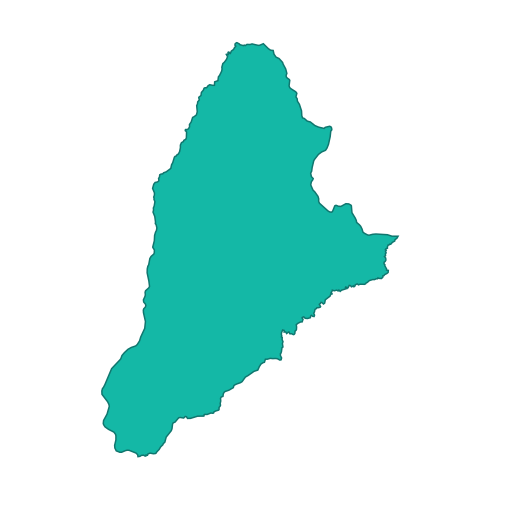 Támesis, Antioquia, Colombia, rotated 186°
{"feature_id": "7082276B51026070835233", "entity_name": "Támesis", "entity_type": "district", "adm_level": 2, "iso_a3": "COL", "parent_name": "Colombia", "parent_adm1": "Antioquia", "projection": "orthographic", "projection_center": [-75.723, 5.674], "detail": "fine", "context": "isolated", "style": "filled", "palette": "teal", "viewbox_px": 512, "rotation_deg": 186, "n_neighbors": 0, "source": "geoboundaries", "source_scale": "gbopen_adm2", "svg_char_len": 6102}
<svg xmlns="http://www.w3.org/2000/svg" viewBox="0 0 512 512"><g transform="rotate(186 256 256)"><path d="M394.8,108.2L395.2,105.7L394.7,102.3L388.3,95.5L386.7,92.9L386.2,91.1L387.6,83.2L390.4,76.5L390.4,73.5L389.9,72.3L388.3,70.3L384.6,68.2L378.9,66.0L377.0,63.9L376.5,62.5L376.1,58.4L376.8,52.9L376.3,50.3L374.6,47.6L371.0,46.6L369.1,46.8L365.7,48.7L363.9,49.4L361.9,49.5L354.8,47.5L352.9,46.0L352.4,44.1L350.5,44.6L349.2,45.7L346.8,46.2L346.0,45.6L344.7,45.5L344.4,45.9L344.5,46.6L343.1,46.5L342.7,47.9L340.7,48.9L337.4,48.6L335.5,49.0L334.7,49.6L334.2,50.8L332.1,53.5L330.8,56.3L328.9,58.5L328.6,59.7L327.2,61.3L326.4,66.5L322.0,73.4L321.5,75.4L321.4,80.2L320.9,81.4L319.1,82.4L316.0,87.0L314.5,87.5L311.0,87.3L309.6,89.0L308.4,88.9L307.1,87.3L304.1,87.7L297.3,90.6L291.4,91.3L291.0,91.5L291.0,92.7L290.5,93.1L288.0,93.3L284.5,95.1L282.6,95.1L281.8,95.4L281.6,96.4L280.2,97.5L277.1,98.8L276.7,99.4L276.9,101.6L276.0,102.9L275.7,103.9L276.2,105.5L275.9,108.1L276.4,110.7L275.8,112.2L274.2,112.9L274.1,115.6L273.4,117.2L272.6,118.0L268.9,119.7L264.8,122.7L264.5,124.6L264.0,125.3L262.0,126.6L258.2,128.4L256.7,129.6L253.9,134.5L251.5,136.2L245.9,141.1L242.3,142.7L241.1,146.4L239.8,149.0L237.9,150.6L236.5,151.2L235.9,154.3L233.8,154.6L231.2,155.7L228.5,155.7L226.1,156.1L224.1,156.1L221.4,155.0L220.2,155.4L219.9,157.3L221.3,159.5L221.5,161.5L221.1,161.8L220.7,163.5L220.6,167.4L219.7,168.3L220.6,171.7L220.2,173.6L221.3,175.6L221.4,177.7L222.3,178.2L222.0,179.1L222.6,180.8L222.6,182.3L221.8,185.2L220.2,184.9L220.1,183.3L218.5,183.6L217.4,182.1L215.9,183.7L215.3,183.9L214.2,182.2L212.5,182.4L210.6,181.7L209.9,182.0L209.3,182.9L209.3,185.4L208.4,186.3L208.1,187.1L208.2,189.6L208.8,191.9L207.2,193.5L204.7,195.1L203.2,195.3L202.6,198.0L203.7,199.1L203.6,199.7L202.2,200.5L200.6,199.2L198.3,199.2L195.5,200.3L195.4,202.0L194.8,202.8L193.2,201.9L191.9,201.9L191.6,203.3L192.6,205.1L192.0,206.6L191.8,209.0L190.5,210.0L190.0,210.9L188.1,211.2L186.7,211.9L186.5,212.5L188.0,214.6L186.9,215.7L186.6,216.6L185.7,216.7L183.9,215.3L182.8,216.3L182.5,219.7L178.1,223.9L177.6,226.0L176.5,226.1L176.5,226.7L177.4,227.1L177.5,227.4L176.5,229.4L176.5,230.0L174.5,229.6L172.1,230.5L170.7,229.8L170.0,230.8L168.6,229.6L167.4,230.9L163.3,232.7L163.8,233.9L163.6,234.5L163.0,234.4L162.4,233.1L162.0,233.2L161.9,234.2L161.1,234.1L160.2,236.5L158.9,236.4L157.9,235.3L156.0,236.4L155.8,235.7L155.4,235.6L154.4,236.6L154.3,237.7L152.7,238.7L152.3,238.8L151.1,238.0L149.6,238.8L145.1,239.2L144.1,239.8L143.5,240.9L142.6,241.3L140.7,243.4L137.4,244.8L135.7,244.9L134.1,245.9L132.9,246.0L132.4,247.0L131.8,246.6L128.9,246.7L127.7,248.1L127.7,249.5L126.9,249.7L126.0,251.0L124.1,252.2L122.9,253.4L122.9,255.5L124.7,255.6L124.8,256.8L126.9,259.8L126.9,260.8L127.9,261.6L127.9,263.3L127.0,264.0L126.4,265.5L126.8,267.5L128.2,268.9L127.2,269.9L127.6,271.8L126.9,272.7L127.7,273.9L127.1,275.3L128.0,275.7L127.5,276.8L126.1,277.5L126.3,278.7L125.8,280.7L125.0,280.8L124.2,281.8L123.3,281.7L121.8,283.8L119.6,285.4L119.5,286.7L117.7,288.4L116.8,290.5L122.8,289.9L127.5,290.9L139.0,290.4L142.2,289.8L145.7,288.5L147.2,288.6L150.5,289.9L152.2,291.0L153.3,293.8L155.0,296.5L156.5,297.9L159.4,299.9L160.0,301.9L161.3,304.1L165.1,309.1L166.4,315.9L166.9,316.5L169.2,317.5L172.1,317.4L176.7,314.2L179.5,314.1L181.2,314.7L182.2,314.6L182.9,314.1L184.4,308.8L184.9,307.9L185.8,307.4L187.5,307.6L189.2,308.4L198.4,315.1L199.4,316.9L199.6,319.4L200.6,321.8L204.2,325.9L206.2,327.5L208.6,331.7L209.0,332.6L208.7,335.6L207.5,337.7L207.2,339.0L209.2,340.7L210.3,344.1L209.5,346.2L209.4,349.9L208.5,356.9L207.7,358.5L204.5,363.6L201.6,366.3L197.9,368.4L196.7,370.7L195.6,374.6L194.7,382.5L194.7,387.9L193.8,389.4L194.2,391.2L195.1,392.4L196.4,392.7L200.6,391.2L201.6,390.0L207.2,390.7L211.1,391.9L216.0,395.0L219.1,395.5L222.3,397.8L224.1,398.2L225.1,400.2L225.9,405.1L228.7,411.4L231.0,414.3L231.5,416.7L232.9,418.4L232.4,422.1L233.7,423.5L238.7,426.0L240.1,427.0L240.9,428.7L240.8,434.3L241.5,435.1L243.5,436.2L244.7,437.4L244.9,438.9L244.4,440.8L246.0,445.1L249.1,449.7L249.8,451.3L253.7,454.8L256.9,455.9L259.2,458.6L260.4,462.2L263.0,462.2L265.4,463.5L270.9,467.9L274.3,466.0L275.8,465.7L282.1,466.5L284.0,465.7L287.1,465.5L288.8,464.1L289.8,464.5L290.5,463.9L294.2,464.5L294.6,465.1L297.0,466.1L297.7,466.1L298.9,464.9L299.0,463.5L298.2,462.9L298.1,462.3L299.2,461.1L299.4,460.1L300.3,458.7L302.0,457.2L302.7,454.7L303.3,454.7L304.1,455.9L304.5,456.0L305.1,455.6L304.7,453.5L305.9,453.7L306.6,453.4L305.1,451.3L305.9,448.5L307.8,445.3L309.1,443.9L309.7,440.2L309.3,438.4L309.5,436.2L311.1,431.8L312.1,430.3L312.2,426.4L315.3,424.9L315.2,421.4L316.9,421.2L319.9,421.5L321.4,420.4L322.7,418.2L324.3,418.0L325.2,417.4L325.7,415.4L327.4,413.0L327.5,409.8L329.3,408.1L329.5,407.5L328.7,405.3L330.1,403.2L330.1,401.2L330.7,399.4L329.5,393.3L330.0,390.1L332.2,388.0L333.5,387.2L334.5,382.4L335.9,379.9L335.6,377.4L336.6,375.3L337.8,374.5L339.1,374.5L339.5,374.0L339.4,373.2L338.4,372.6L338.0,371.9L337.6,366.2L338.1,364.7L339.8,363.5L340.2,362.2L342.0,360.9L342.8,358.4L342.5,355.7L342.9,351.8L343.9,349.2L345.0,348.6L345.9,347.0L346.9,346.6L347.5,345.7L348.6,340.0L349.5,338.0L349.9,334.2L354.1,330.3L356.6,329.1L357.3,328.0L359.1,327.5L360.2,326.7L360.3,324.3L361.0,323.0L360.5,321.1L360.7,320.3L361.8,319.3L364.0,318.6L365.2,316.7L365.9,312.4L363.6,308.2L363.4,305.9L363.9,303.9L363.4,302.9L363.4,301.7L362.2,299.5L362.5,294.9L363.1,293.0L362.7,291.0L363.0,288.9L360.8,284.7L359.5,279.3L359.5,277.6L358.7,276.9L357.5,273.6L357.7,270.9L358.4,269.2L359.0,265.9L358.7,260.5L359.6,254.3L359.5,253.7L357.7,251.4L357.5,248.6L357.8,247.3L360.3,244.6L361.3,242.4L361.8,236.1L362.5,234.5L362.8,231.8L362.5,227.9L359.9,219.8L358.7,214.6L359.3,213.1L362.2,209.9L362.5,208.3L362.0,205.7L362.2,204.2L363.4,200.6L362.9,198.5L361.0,196.7L360.4,195.2L360.7,193.6L362.1,191.8L362.4,190.4L362.0,187.9L359.1,179.3L359.1,172.4L362.2,163.3L362.9,159.5L364.8,155.6L366.2,154.0L370.5,152.0L373.6,149.8L376.8,146.1L378.9,143.0L379.7,139.7L380.4,138.6L387.8,128.9L392.8,112.4L394.0,109.3L394.8,108.2Z" fill="#14b8a6" stroke="#0f766e" stroke-width="1.5"/></g></svg>